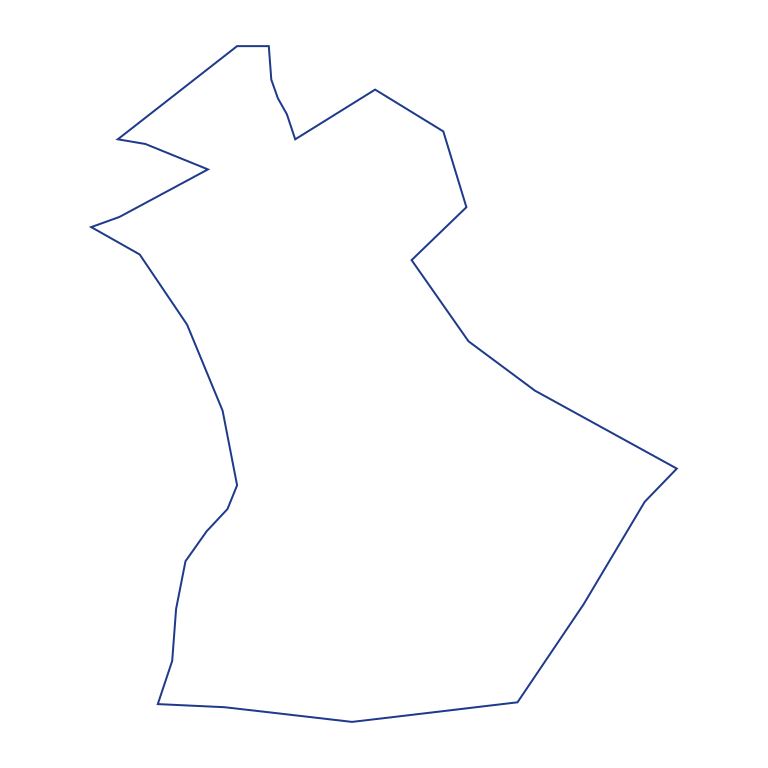 an SVG outline of Tarrafal
{"feature_id": "CPV-5045", "entity_name": "Tarrafal", "entity_type": "state/province", "adm_level": 1, "iso_a3": "CPV", "parent_name": "Cabo Verde", "parent_adm1": "", "projection": "albers", "projection_center": [-23.738, 15.256], "detail": "fine", "context": "isolated", "style": "outline", "palette": "blue", "viewbox_px": 768, "rotation_deg": 0, "n_neighbors": 0, "source": "natural_earth", "source_scale": "10m", "svg_char_len": 529}
<svg xmlns="http://www.w3.org/2000/svg" viewBox="0 0 768 768"><path d="M157.8,704.1L172.2,660.9L176.1,608.9L185.5,561.2L206.7,531.2L227.5,509.0L237.1,485.3L222.6,410.7L187.1,324.7L139.7,254.5L91.2,227.1L119.5,216.9L207.9,169.4L145.4,144.0L117.8,139.3L237.1,46.1L268.8,46.1L271.3,79.7L277.9,98.3L286.9,114.3L295.2,139.3L375.1,89.6L443.3,131.4L466.4,207.2L411.6,260.1L468.5,341.3L535.0,390.7L676.8,468.6L644.7,501.8L583.6,604.3L517.5,702.3L352.0,721.9L224.4,707.2L157.8,704.1Z" fill="none" stroke="#1e3a8a" stroke-width="2"/></svg>